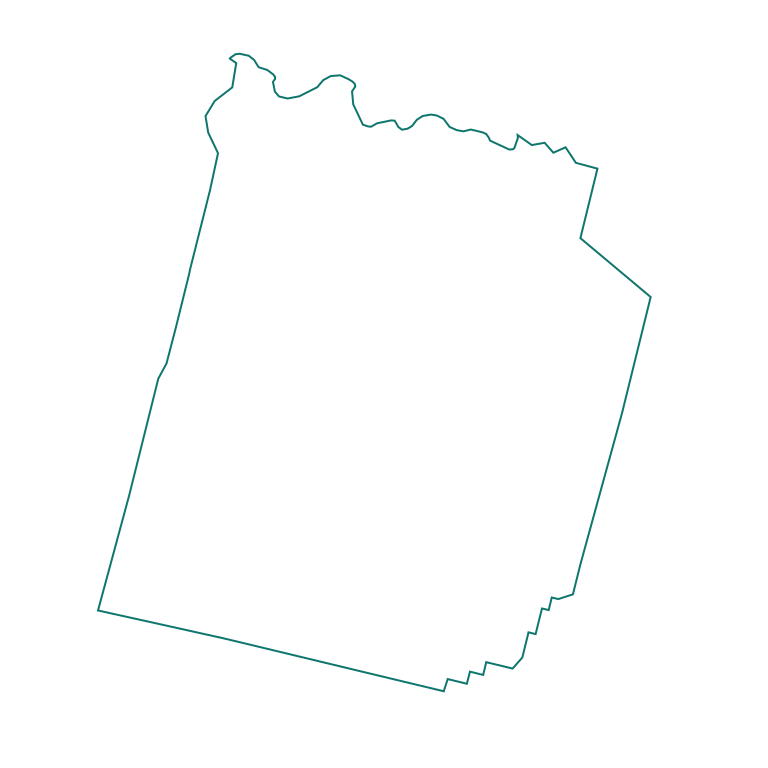 Vernon, Louisiana, United States of America, rotated 104°
{"feature_id": "52423323B35564374613878", "entity_name": "Vernon", "entity_type": "district", "adm_level": 2, "iso_a3": "USA", "parent_name": "United States of America", "parent_adm1": "Louisiana", "projection": "natural_earth1", "projection_center": [-93.381, 31.112], "detail": "fine", "context": "isolated", "style": "outline", "palette": "teal", "viewbox_px": 768, "rotation_deg": 104, "n_neighbors": 0, "source": "geoboundaries", "source_scale": "gbopen_adm2", "svg_char_len": 1347}
<svg xmlns="http://www.w3.org/2000/svg" viewBox="0 0 768 768"><g transform="rotate(104 384 384)"><path d="M672.6,593.1L669.6,479.0L667.7,251.7L654.9,250.8L654.8,231.1L642.3,231.0L642.3,217.4L629.2,217.5L629.0,190.4L615.9,183.6L590.0,183.7L590.0,176.4L563.6,176.4L563.5,169.5L550.6,169.6L550.5,162.8L542.4,149.8L511.3,149.8L354.2,146.0L235.1,146.3L195.0,228.7L123.4,229.0L123.0,251.3L110.4,265.1L118.6,275.6L111.1,286.5L116.4,298.4L110.1,314.6L112.9,313.6L123.6,314.6L125.0,315.6L126.2,319.1L122.2,340.0L119.6,341.9L116.7,345.3L116.0,349.2L116.0,354.6L116.1,361.4L119.6,368.0L120.1,374.7L118.7,382.5L112.3,390.4L110.7,397.8L111.2,403.6L114.6,411.3L119.6,416.0L126.7,419.1L130.5,422.8L132.9,428.0L131.1,432.4L128.0,435.2L125.9,437.4L126.5,440.8L132.7,453.8L137.5,458.8L137.9,461.6L137.5,467.2L120.1,481.5L107.7,485.8L102.3,483.8L99.6,485.2L98.1,488.0L96.7,492.6L95.1,501.2L98.1,510.2L103.9,516.5L112.1,520.5L125.4,535.9L130.3,546.6L130.4,555.4L126.7,560.6L117.8,564.8L115.8,564.1L114.4,563.5L112.5,563.9L110.5,566.2L107.6,573.1L106.9,582.4L101.0,588.4L98.2,594.7L98.5,604.0L100.0,607.9L105.3,612.5L105.3,613.1L108.4,605.0L132.9,603.0L150.3,616.7L167.2,622.0L182.6,615.4L200.2,600.9L238.0,599.7L320.3,599.9L323.5,599.7L378.4,599.6L416.7,600.0L433.4,604.3L553.3,604.3L672.9,606.7L672.6,593.1Z" fill="none" stroke="#0f766e" stroke-width="2"/></g></svg>